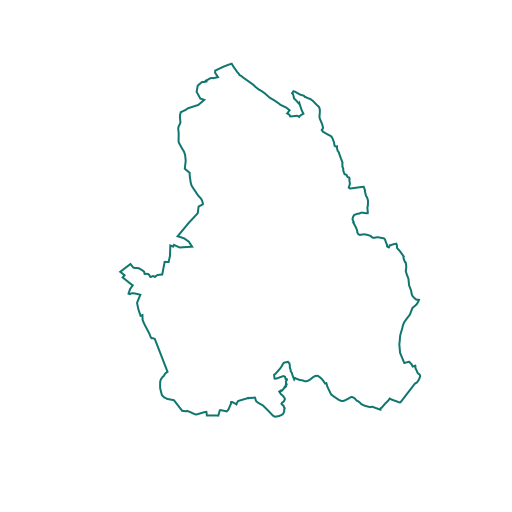 Micestii De Campie, Bistrita-Nasaud, Romania (orthographic projection), rotated 249°
{"feature_id": "2599482B41315370322587", "entity_name": "Micestii De Campie", "entity_type": "district", "adm_level": 2, "iso_a3": "ROU", "parent_name": "Romania", "parent_adm1": "Bistrita-Nasaud", "projection": "orthographic", "projection_center": [24.308, 46.848], "detail": "fine", "context": "isolated", "style": "outline", "palette": "teal", "viewbox_px": 512, "rotation_deg": 249, "n_neighbors": 0, "source": "geoboundaries", "source_scale": "gbopen_adm2", "svg_char_len": 6117}
<svg xmlns="http://www.w3.org/2000/svg" viewBox="0 0 512 512"><g transform="rotate(249 256 256)"><path d="M217.2,391.4L217.5,389.9L217.8,387.5L217.7,386.2L218.1,384.7L216.4,383.2L216.8,382.7L217.4,382.1L218.1,381.8L219.7,382.4L221.0,382.2L224.1,382.3L225.3,382.3L226.1,382.0L226.8,381.5L229.8,376.6L230.3,374.9L230.6,372.9L230.8,372.6L231.3,371.4L231.7,371.3L232.4,370.7L233.1,370.3L233.6,370.3L235.0,368.6L236.4,366.7L237.5,364.7L238.6,360.2L239.9,359.3L240.8,359.1L242.0,359.1L243.4,359.5L244.3,359.6L247.3,359.5L252.5,358.8L252.7,359.4L255.5,359.2L257.1,360.1L257.7,360.6L259.1,362.3L259.1,365.2L259.0,366.3L258.6,367.4L258.7,368.3L258.7,369.7L258.4,370.8L256.6,373.8L255.9,375.6L256.6,376.0L261.2,377.3L261.8,377.6L262.5,378.3L267.5,380.4L270.9,380.7L272.3,380.3L273.6,380.3L275.0,380.6L277.4,380.8L278.1,381.3L282.1,381.3L285.3,367.9L286.6,367.1L289.4,369.3L290.6,369.8L292.4,370.1L293.8,370.5L294.3,371.0L295.9,371.1L296.7,369.9L297.8,369.6L299.3,369.6L300.6,368.0L304.0,368.0L306.6,368.8L308.4,368.6L308.9,369.0L309.6,369.1L311.5,369.8L312.0,370.2L320.9,370.3L323.0,370.5L325.0,369.9L327.9,370.3L329.3,370.9L329.4,370.1L330.3,369.0L330.7,368.9L334.2,369.5L337.0,369.6L339.2,369.5L340.9,369.0L346.0,364.6L346.9,364.1L347.7,363.2L350.0,362.5L350.3,362.9L350.3,363.2L351.5,364.5L355.1,365.0L360.8,364.8L363.0,365.0L367.7,367.3L370.1,368.1L370.9,368.2L372.8,368.2L373.5,367.7L377.5,365.9L380.2,364.8L382.8,363.2L385.8,359.9L386.6,359.4L387.0,358.6L388.4,358.2L390.9,355.0L395.4,351.3L396.4,350.0L395.0,348.0L394.1,348.5L393.4,348.5L390.4,348.2L389.6,347.9L387.1,349.1L383.0,350.6L383.5,351.3L378.5,351.0L375.3,350.9L371.9,351.3L371.3,347.9L370.9,346.8L370.4,346.1L371.6,345.3L372.2,344.6L373.7,338.9L374.2,337.9L375.9,337.8L377.9,336.2L380.0,339.6L383.6,337.5L388.5,332.9L390.2,332.0L394.8,328.8L398.8,325.6L404.9,322.4L408.0,320.3L410.7,318.1L414.2,316.0L416.6,315.0L427.3,307.9L429.5,306.7L430.8,305.4L432.1,305.3L435.0,304.2L436.6,303.9L440.3,302.9L444.2,302.2L444.4,299.2L444.4,293.4L443.7,284.4L441.8,283.5L436.6,284.6L437.3,279.8L438.0,278.5L438.3,277.5L438.1,275.4L437.8,274.1L437.8,273.0L437.7,272.0L436.7,272.2L436.9,270.3L437.8,268.1L436.5,264.1L435.8,262.6L430.6,259.4L423.0,260.4L420.3,263.6L417.7,256.3L418.3,245.4L417.6,242.7L417.2,237.3L415.1,235.8L413.4,234.9L407.7,233.3L406.3,232.0L404.6,230.1L403.1,229.2L401.4,228.6L399.2,228.1L396.5,227.1L391.4,225.0L389.5,224.6L382.8,225.5L379.1,226.2L375.6,226.0L370.1,224.5L363.0,220.8L357.3,223.9L355.5,223.1L353.1,222.5L347.6,221.3L345.6,221.1L343.5,221.3L335.5,223.1L332.8,223.8L330.1,224.9L328.7,225.3L327.2,225.5L324.5,225.3L323.3,224.9L322.7,220.1L316.8,216.9L311.1,205.2L302.5,189.9L298.3,195.2L293.5,198.4L287.6,199.7L291.3,187.8L295.8,183.3L294.5,182.0L296.5,179.8L286.9,175.7L281.7,172.3L283.2,168.6L272.3,161.8L273.1,159.1L273.5,157.2L273.3,155.7L272.7,154.6L272.7,154.1L272.9,153.8L273.6,153.4L274.0,153.0L274.2,152.5L274.2,151.9L274.1,150.5L274.3,149.9L274.7,149.7L276.4,149.6L277.7,149.0L278.3,148.1L279.2,145.6L281.4,145.9L283.3,144.8L286.7,142.1L288.7,137.8L289.2,137.3L293.5,135.9L289.9,123.6L285.1,126.4L283.8,123.8L274.9,129.0L272.8,130.4L270.3,126.6L266.5,123.5L265.5,124.7L265.8,126.0L265.5,127.5L264.4,129.5L262.3,132.7L261.2,134.1L256.1,129.2L254.7,128.1L248.5,127.1L241.5,126.8L241.5,128.8L237.2,127.3L234.9,127.2L231.2,127.5L221.8,128.6L219.5,128.6L217.4,128.7L216.7,129.0L216.2,130.3L214.8,131.8L179.6,131.9L179.0,129.6L178.4,128.5L177.2,127.2L176.7,125.8L176.1,124.7L175.3,123.5L173.9,122.1L172.3,121.2L168.3,119.6L166.5,119.1L162.8,118.6L159.7,118.3L157.1,119.5L154.4,121.9L150.8,127.7L137.9,131.6L136.0,135.3L136.1,136.2L133.3,139.2L130.9,141.5L129.4,143.3L128.7,151.8L128.3,153.8L124.7,153.0L121.6,161.2L120.5,163.6L124.9,166.9L124.8,167.8L121.4,173.0L122.5,175.2L127.1,179.7L128.6,180.5L128.3,181.3L125.7,183.7L124.5,184.5L125.9,185.8L126.9,187.1L127.0,187.8L126.3,196.6L126.4,197.7L125.9,197.8L125.5,200.1L124.8,201.8L124.3,204.2L123.4,204.3L121.7,204.1L120.5,204.1L118.2,205.4L114.0,208.9L108.3,211.5L101.1,214.5L99.1,216.1L98.3,220.4L98.6,224.1L99.7,225.6L101.2,226.9L102.5,227.2L103.6,228.3L104.3,228.0L105.3,227.9L106.4,228.1L107.4,227.4L108.9,226.8L109.7,227.7L110.1,229.6L111.4,231.1L112.1,231.7L113.6,231.7L114.4,231.3L115.3,231.3L118.0,229.8L121.1,229.1L121.5,230.9L120.9,231.0L121.1,232.4L121.6,232.8L122.7,235.4L123.2,235.4L123.6,235.8L123.1,236.2L123.3,237.0L123.8,237.6L124.1,237.4L125.5,237.9L125.4,238.6L126.7,238.6L128.2,239.0L129.3,240.6L130.1,240.6L130.4,240.3L130.6,239.6L132.9,239.8L133.9,238.8L134.1,238.0L134.2,235.0L134.2,231.3L134.9,229.4L138.6,230.3L139.1,232.1L142.4,238.4L143.7,240.3L145.3,242.1L146.3,243.7L146.3,244.6L146.0,246.0L145.8,247.9L144.7,248.2L144.0,248.7L141.8,248.4L140.0,247.7L138.8,247.5L137.4,247.6L136.0,247.1L134.3,247.5L133.6,247.6L132.8,247.4L129.2,247.3L127.0,247.4L128.1,248.8L126.6,250.0L126.0,250.9L125.1,251.7L123.8,253.7L123.4,254.7L121.6,256.7L121.1,257.7L120.9,260.4L121.2,262.1L122.3,265.4L122.7,267.4L122.7,268.5L122.3,270.2L121.7,271.0L119.9,272.2L118.3,273.0L116.1,273.9L112.2,274.8L112.1,276.1L108.3,275.8L99.7,276.5L98.8,277.2L96.9,278.3L96.0,279.0L92.6,281.3L90.4,283.3L89.5,285.0L89.3,286.4L89.7,290.9L90.2,293.6L90.1,295.0L88.6,296.5L87.5,297.2L84.7,298.3L83.7,299.4L81.6,300.6L80.1,301.1L78.4,302.7L77.1,304.0L73.9,308.5L73.7,310.4L67.9,317.1L69.2,317.8L69.3,318.9L71.7,323.3L73.7,327.8L75.0,329.8L73.8,330.7L67.8,337.6L67.6,338.4L80.0,358.8L80.2,360.9L82.5,364.1L85.1,366.3L86.9,366.2L88.5,365.1L89.9,364.9L91.5,365.0L92.0,364.8L94.1,364.7L95.5,364.9L95.9,365.4L96.5,365.4L96.6,362.7L99.3,362.4L102.4,361.1L103.0,356.1L113.9,355.8L122.4,358.2L124.5,359.4L128.7,361.4L130.7,362.5L136.3,366.8L138.0,367.9L140.9,370.4L143.3,374.0L146.1,378.6L151.5,383.5L152.3,386.0L153.3,388.6L155.0,390.9L156.7,392.4L157.8,390.0L160.3,388.6L162.9,387.7L165.3,387.8L167.4,388.3L168.9,388.4L173.7,388.4L179.5,390.0L181.4,390.2L184.3,390.1L188.2,390.4L191.3,392.1L193.6,392.9L196.1,393.4L196.7,393.3L196.8,393.0L198.6,392.8L201.1,393.0L202.6,393.4L202.7,393.7L209.2,392.0L212.4,390.7L213.1,390.6L215.8,391.4L217.2,391.4Z" fill="none" stroke="#0f766e" stroke-width="2"/></g></svg>